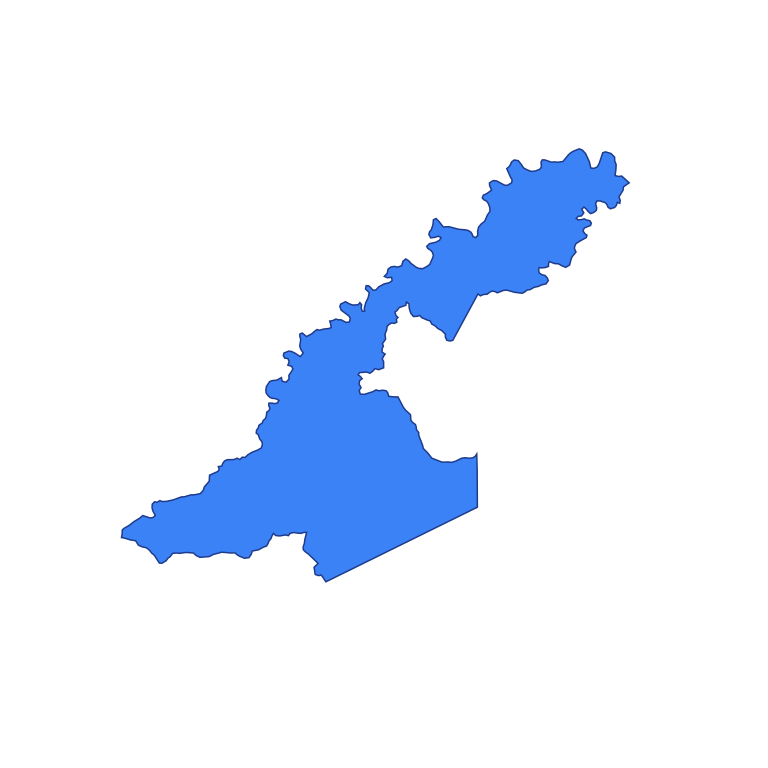 Santa Terezinha de Goiás, Goiás, Brazil (Albers equal-area conic projection), rotated 70°
{"feature_id": "56859067B60911131091675", "entity_name": "Santa Terezinha de Goiás", "entity_type": "district", "adm_level": 2, "iso_a3": "BRA", "parent_name": "Brazil", "parent_adm1": "Goiás", "projection": "albers", "projection_center": [-49.725, -14.312], "detail": "fine", "context": "isolated", "style": "filled", "palette": "blue", "viewbox_px": 768, "rotation_deg": 70, "n_neighbors": 0, "source": "geoboundaries", "source_scale": "gbopen_adm2", "svg_char_len": 6155}
<svg xmlns="http://www.w3.org/2000/svg" viewBox="0 0 768 768"><g transform="rotate(70 384 384)"><path d="M337.2,195.5L335.1,198.4L332.7,200.2L329.8,199.7L327.7,198.4L328.8,196.3L329.7,192.6L329.8,189.2L327.3,188.3L325.5,186.8L329.2,182.5L330.7,179.0L333.4,176.7L336.5,173.4L335.7,168.9L331.4,166.0L328.9,163.9L325.6,158.4L322.3,158.8L319.9,157.8L317.7,155.5L316.5,149.9L315.6,143.8L313.6,142.4L311.5,143.8L308.1,144.7L305.9,142.3L305.7,135.7L303.6,134.1L300.9,134.8L299.1,137.6L297.3,139.3L297.1,142.1L296.2,145.4L294.2,146.8L292.9,144.3L293.6,140.9L291.5,137.7L287.4,138.4L286.2,135.6L288.3,134.3L291.6,133.2L294.5,131.7L294.6,128.4L293.5,125.1L291.3,123.9L286.9,123.5L284.8,121.3L285.8,118.4L289.5,113.9L292.0,113.1L294.6,113.0L296.8,111.3L297.0,106.9L295.7,104.6L293.1,102.7L294.9,100.7L292.2,99.2L288.5,99.2L283.8,93.2L280.6,91.5L278.8,84.8L269.9,89.5L269.2,92.6L267.2,95.6L261.7,92.7L257.2,90.8L253.3,90.9L249.7,89.7L245.0,91.9L241.6,96.5L241.5,99.3L250.5,106.5L253.0,109.4L253.2,112.8L251.8,115.8L245.2,115.0L236.3,115.8L232.0,117.6L229.8,120.1L230.0,126.6L230.7,129.9L231.9,132.6L236.1,139.7L235.2,144.4L233.7,147.6L232.8,150.8L228.4,156.3L227.5,158.6L229.1,160.5L233.8,161.8L235.5,164.2L235.6,168.8L234.7,172.7L231.9,176.1L228.8,178.9L224.9,179.8L220.1,181.4L218.0,185.0L219.0,188.2L221.5,190.6L222.7,192.5L223.6,195.0L232.7,194.4L236.0,193.8L238.6,195.3L239.5,200.3L238.2,202.9L231.7,208.7L230.3,211.4L230.5,213.7L231.2,216.2L233.8,216.9L238.6,216.6L240.3,222.6L240.5,226.0L242.7,228.0L244.8,227.3L247.7,224.8L250.7,224.2L254.7,224.3L258.0,225.4L260.5,228.9L265.5,233.7L266.9,238.0L268.9,241.4L272.4,243.8L276.4,245.0L277.8,248.0L275.8,249.9L273.3,249.9L271.1,250.4L268.5,252.4L266.8,255.2L264.2,260.8L258.3,269.3L256.7,274.6L250.1,276.7L246.3,278.5L246.6,281.4L251.2,283.6L255.3,286.9L256.5,289.1L258.8,290.7L262.7,290.1L263.6,286.0L263.7,282.4L265.9,280.3L267.9,282.6L268.5,286.6L267.7,293.3L269.3,296.8L271.5,296.5L274.2,294.5L276.5,293.5L280.1,293.6L282.4,295.4L287.3,300.2L288.2,303.3L288.9,308.1L287.4,311.5L285.8,313.4L283.9,314.8L279.5,317.6L276.9,318.5L273.9,320.8L275.1,324.2L278.7,326.8L279.0,330.8L277.0,334.1L276.4,337.5L277.4,340.8L281.0,343.1L283.0,346.9L285.3,344.5L286.4,340.4L289.6,341.0L290.6,344.1L290.0,349.8L290.9,355.7L292.9,359.5L292.1,362.3L288.7,363.6L286.4,364.9L285.5,367.1L288.4,368.9L293.2,366.6L297.5,369.4L301.2,373.2L306.0,376.6L308.9,377.3L308.1,379.6L304.5,379.4L301.8,377.9L299.3,378.8L300.7,381.3L299.1,386.4L296.8,389.2L293.5,392.0L294.1,397.4L296.1,399.0L299.9,399.0L308.1,393.7L310.7,393.2L313.9,395.3L313.1,398.6L309.0,402.4L308.2,404.7L306.5,407.1L306.9,410.7L306.3,413.5L309.4,413.6L312.9,414.3L313.0,416.7L311.7,422.1L311.4,426.4L309.9,428.3L310.9,431.7L312.1,434.6L312.9,440.6L308.1,443.4L308.3,446.0L310.4,446.8L313.6,447.0L319.3,450.1L322.5,450.4L327.3,449.3L329.6,453.3L324.3,457.3L321.8,459.8L320.5,462.2L320.7,467.5L323.0,468.9L325.8,468.4L327.2,465.6L330.7,465.5L333.4,467.9L335.9,464.7L338.9,464.5L343.3,470.4L346.9,471.6L348.8,475.4L346.5,478.8L342.9,478.2L343.7,483.6L342.6,487.7L342.6,490.6L346.1,495.3L349.3,497.1L352.2,497.8L354.8,497.1L357.3,496.0L359.1,494.1L360.9,490.6L363.4,488.3L365.4,490.6L365.1,493.3L363.6,495.9L362.6,498.7L364.7,499.6L367.9,499.6L369.7,501.3L370.3,503.7L374.2,505.8L376.0,507.4L376.9,509.9L379.0,511.8L380.0,515.6L382.5,517.4L383.7,519.5L386.5,520.9L388.4,519.5L393.1,519.6L396.8,518.4L399.7,519.2L402.2,521.3L402.9,525.8L403.0,531.3L403.9,536.1L405.5,539.5L404.3,542.3L405.7,545.3L403.5,547.3L403.7,550.8L401.5,557.2L401.8,560.2L403.3,562.5L405.7,564.6L404.9,567.9L408.1,568.1L409.4,570.4L410.0,579.1L415.6,581.5L419.3,588.1L422.1,590.2L424.2,594.2L423.3,599.9L422.1,603.6L421.7,610.3L420.8,613.0L420.8,621.8L419.9,628.5L418.7,632.4L416.9,634.6L417.6,637.6L416.2,639.9L417.7,642.9L421.0,644.3L424.2,644.6L429.2,643.9L430.4,646.3L430.1,649.3L425.1,655.7L426.5,659.4L427.8,666.1L429.7,671.8L430.7,677.6L431.8,680.0L434.9,681.1L438.5,683.2L439.8,680.9L444.0,675.3L446.3,671.0L451.5,669.9L454.4,666.8L456.4,663.6L458.3,662.2L460.6,661.0L463.6,660.1L466.3,658.4L475.4,656.4L476.5,654.0L475.5,649.0L473.8,646.7L473.2,644.2L470.9,640.5L471.8,636.7L473.1,634.4L474.6,627.6L477.6,620.9L481.0,619.1L483.9,616.3L486.4,607.2L485.8,602.6L486.6,593.9L490.4,585.7L491.8,581.7L494.0,580.6L496.5,578.6L500.0,574.7L501.0,570.3L498.7,567.1L495.9,564.8L496.9,558.7L496.1,553.5L496.1,549.8L494.4,547.7L492.4,546.0L490.7,543.2L488.6,541.4L486.6,539.1L489.4,537.5L491.1,534.0L492.2,528.0L493.8,525.8L492.2,523.3L492.7,519.6L494.8,515.8L496.0,512.9L496.1,509.9L497.0,507.5L502.9,511.5L506.6,513.4L509.6,515.8L512.1,516.5L514.8,515.3L518.3,513.0L530.0,507.3L532.3,512.4L539.5,513.8L541.7,510.9L542.1,508.4L544.7,507.5L550.0,506.3L531.7,338.4L496.5,325.8L481.5,320.8L483.2,323.1L483.8,326.1L482.7,329.8L481.2,332.5L480.3,336.2L481.0,343.2L480.8,347.2L479.2,350.4L477.4,356.0L470.1,364.4L463.7,366.5L458.0,369.1L455.0,368.7L444.0,368.9L441.5,368.0L438.2,369.1L435.0,368.4L432.8,368.3L429.9,370.3L427.2,371.1L421.9,369.6L415.7,372.8L412.3,373.8L400.9,375.3L399.5,379.1L397.2,383.8L393.3,383.5L391.0,384.4L389.4,387.3L388.5,391.5L386.8,393.4L387.4,397.2L387.0,406.1L385.3,409.8L381.6,409.5L379.5,406.8L375.5,407.5L372.4,405.6L371.6,402.7L368.7,403.7L366.6,405.2L364.9,403.1L366.9,396.1L369.1,393.5L368.1,390.1L366.4,387.3L368.7,384.2L368.7,378.8L362.8,376.7L359.9,377.1L357.5,374.6L356.3,372.7L353.4,374.9L350.1,373.6L348.2,371.6L345.6,371.7L342.5,367.2L337.3,365.9L334.1,363.0L330.9,361.4L329.7,358.6L329.3,355.8L330.6,353.5L330.3,350.8L327.4,350.3L326.2,348.1L323.7,349.4L320.1,349.1L319.5,346.8L317.4,343.6L317.5,336.6L314.7,334.9L317.3,333.1L321.0,334.3L324.3,334.6L326.7,334.6L330.6,333.3L331.7,329.9L331.8,327.1L334.7,325.7L338.6,321.6L340.5,319.1L344.0,318.6L346.9,316.1L350.4,314.3L353.5,311.5L358.2,309.3L361.0,310.3L364.4,310.0L366.2,307.2L366.5,304.4L331.5,264.9L334.1,263.3L333.9,260.1L334.9,256.2L334.0,253.7L333.6,250.7L335.2,248.0L337.1,246.3L336.9,239.7L337.8,236.5L342.5,229.9L346.0,223.1L345.7,220.5L344.6,216.9L345.3,214.7L344.5,209.7L345.1,205.5L344.8,202.0L345.3,197.4L343.0,194.2L340.1,194.3L337.2,195.5Z" fill="#3b82f6" stroke="#1e3a8a" stroke-width="1.5"/></g></svg>